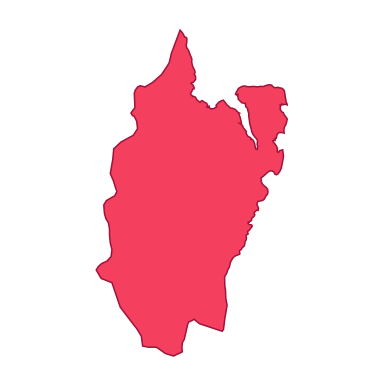 Ndian, Sud-Ouest, Cameroon, rotated 176°
{"feature_id": "32672807B48556267066765", "entity_name": "Ndian", "entity_type": "district", "adm_level": 2, "iso_a3": "CMR", "parent_name": "Cameroon", "parent_adm1": "Sud-Ouest", "projection": "natural_earth1", "projection_center": [8.796, 4.86], "detail": "fine", "context": "isolated", "style": "filled", "palette": "rose", "viewbox_px": 384, "rotation_deg": 176, "n_neighbors": 0, "source": "geoboundaries", "source_scale": "gbopen_adm2", "svg_char_len": 4083}
<svg xmlns="http://www.w3.org/2000/svg" viewBox="0 0 384 384"><g transform="rotate(176 192 192)"><path d="M202.8,332.0L205.6,322.9L207.7,319.7L214.3,311.2L221.5,305.7L224.0,303.9L231.5,300.1L236.3,301.6L238.8,300.7L241.6,297.4L242.7,294.4L242.9,286.5L243.1,279.9L244.7,278.3L247.4,275.0L246.0,272.3L244.3,271.5L242.3,266.5L242.1,262.9L241.9,259.0L246.6,252.7L259.4,246.8L267.1,240.5L268.7,230.4L270.3,223.9L271.0,221.2L272.2,216.0L269.6,208.5L268.9,205.6L268.5,203.5L266.9,197.7L269.4,193.5L272.4,192.2L278.0,189.4L280.9,185.3L280.9,179.7L280.8,176.3L279.7,171.3L277.6,167.3L276.9,161.0L277.3,154.9L277.1,147.2L275.9,140.1L277.2,133.2L281.7,129.0L287.2,126.9L290.6,124.2L293.0,120.9L288.7,112.1L278.2,107.1L271.6,82.1L261.1,66.1L256.5,59.3L252.6,51.7L252.0,41.8L246.7,40.3L238.2,39.6L232.1,34.6L229.7,32.7L223.0,30.1L221.8,29.7L212.8,33.2L212.9,38.1L211.9,42.8L210.0,45.5L205.6,60.0L204.6,62.4L200.4,64.0L198.9,64.9L193.6,60.0L171.6,51.0L170.2,52.6L168.0,63.8L166.7,69.1L164.9,76.5L165.7,83.8L165.5,88.9L165.4,91.7L165.8,96.2L165.5,102.6L165.4,105.0L163.1,108.5L161.7,112.0L160.1,114.3L159.7,115.4L159.2,117.0L158.3,119.7L155.9,123.2L153.8,125.0L148.9,126.6L148.5,127.2L148.8,128.8L148.6,130.2L147.0,131.1L145.9,132.7L143.5,134.7L142.4,139.0L141.4,140.3L140.8,142.3L141.2,144.4L140.8,145.2L138.9,146.2L139.3,148.1L139.0,149.1L138.8,149.1L138.0,149.4L134.3,153.6L134.4,154.5L135.0,155.1L137.1,155.4L138.3,157.1L138.2,157.2L138.0,158.0L136.9,157.9L136.3,158.8L135.3,158.9L134.6,159.5L134.3,161.4L131.7,163.5L130.9,164.9L131.6,166.3L131.1,167.4L128.9,169.2L127.3,169.0L126.9,170.5L126.9,171.6L128.0,174.8L127.7,176.7L126.8,178.0L122.0,178.7L120.3,179.9L118.5,183.0L117.2,184.0L116.5,185.4L116.2,187.2L116.4,189.5L117.6,191.3L120.9,194.5L122.0,196.9L122.2,201.1L118.7,203.5L115.0,206.5L113.1,207.5L111.0,207.6L109.0,206.4L108.0,204.0L106.5,203.3L105.1,203.9L102.8,206.7L102.7,206.8L101.2,209.8L99.3,216.9L98.2,221.3L98.6,227.8L101.3,227.2L102.0,227.0L102.3,226.4L102.9,225.5L104.2,226.3L104.0,227.4L103.7,229.2L104.3,231.3L105.4,233.5L107.3,236.1L107.7,237.6L106.8,237.8L105.5,237.5L105.3,238.1L105.6,238.8L105.3,239.8L104.6,239.5L104.1,240.0L103.3,242.7L103.1,243.4L102.1,244.5L100.9,245.2L97.4,244.9L95.9,244.3L96.1,246.8L95.4,250.1L94.0,252.1L92.8,254.8L91.9,258.3L94.9,263.2L95.5,264.9L96.3,265.2L98.1,267.7L97.9,268.7L98.3,269.7L97.6,271.6L98.0,272.6L96.6,272.6L96.2,273.6L95.3,272.7L92.3,273.0L91.0,272.2L91.0,273.2L91.8,275.3L92.8,286.3L93.6,287.9L95.2,289.3L96.0,289.5L97.7,289.8L98.4,290.4L102.2,290.2L104.5,291.9L104.9,293.0L107.2,293.6L109.5,293.4L113.8,292.2L115.8,292.6L119.5,292.3L122.9,293.0L128.6,293.0L132.1,294.1L132.7,294.1L134.4,293.9L136.6,293.1L138.5,292.0L141.5,287.4L141.8,286.5L140.9,285.7L139.3,286.3L139.3,285.5L139.9,285.0L139.3,282.6L139.5,281.5L136.1,277.5L135.0,277.3L133.4,276.6L132.6,276.7L132.4,273.2L131.6,272.6L130.6,271.0L130.8,270.3L129.9,266.3L130.1,263.6L129.6,256.4L128.0,247.3L126.8,244.5L123.6,240.0L123.1,239.0L123.7,234.5L123.2,232.6L123.7,232.0L123.9,229.9L125.6,230.6L126.1,235.8L127.1,239.0L128.4,240.4L129.7,240.4L129.5,241.5L129.8,242.1L132.3,243.6L132.9,244.6L134.0,247.1L133.5,248.5L136.2,252.3L137.1,255.1L139.7,257.2L138.0,257.0L137.8,257.5L138.8,263.4L139.7,266.2L139.6,267.0L139.0,267.3L140.3,268.1L142.9,271.2L145.6,272.7L147.4,273.0L148.3,273.5L149.5,275.1L150.4,275.7L154.3,281.4L156.6,281.0L157.4,280.2L158.8,280.0L160.2,278.4L161.3,277.6L162.0,276.6L161.6,275.2L164.4,273.7L167.3,273.6L168.6,274.8L168.9,276.1L169.6,275.2L170.9,275.4L171.3,275.9L170.3,276.2L170.2,277.0L171.1,279.4L174.2,281.3L175.2,282.4L176.1,282.5L177.7,280.8L180.7,283.6L182.0,286.4L184.4,287.6L184.7,287.3L186.7,290.0L183.7,294.8L182.7,294.8L182.6,296.0L183.3,298.4L184.8,299.7L185.3,300.8L183.4,301.2L182.2,302.1L180.5,304.1L180.4,306.9L180.9,308.5L181.6,309.2L181.2,309.9L180.6,311.0L180.9,313.4L182.5,316.9L183.2,321.2L182.9,324.6L183.2,326.1L184.5,329.6L185.3,332.9L187.1,336.3L187.6,338.1L186.8,341.8L186.4,344.3L186.5,345.8L187.2,346.7L188.5,347.2L190.5,351.7L192.6,354.3L202.8,332.0Z" fill="#f43f5e" stroke="#9f1239" stroke-width="1.5"/></g></svg>